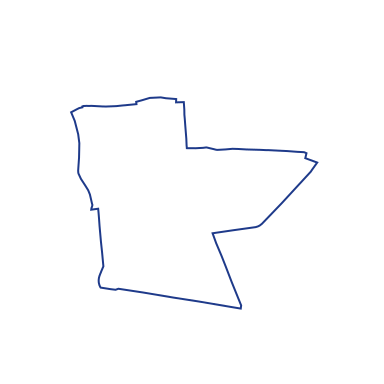 Gamaliyya, Al Qahirah, Egypt, rotated 63°
{"feature_id": "37247803B35159038955302", "entity_name": "Gamaliyya", "entity_type": "district", "adm_level": 2, "iso_a3": "EGY", "parent_name": "Egypt", "parent_adm1": "Al Qahirah", "projection": "robinson", "projection_center": [31.265, 30.053], "detail": "fine", "context": "isolated", "style": "outline", "palette": "blue", "viewbox_px": 384, "rotation_deg": 63, "n_neighbors": 0, "source": "geoboundaries", "source_scale": "gbopen_adm2", "svg_char_len": 1837}
<svg xmlns="http://www.w3.org/2000/svg" viewBox="0 0 384 384"><g transform="rotate(63 192 192)"><path d="M235.7,316.8L241.5,308.8L244.4,304.5L244.6,303.0L244.8,301.5L259.2,281.4L277.7,256.4L292.4,236.0L313.2,208.0L318.0,201.5L315.4,199.7L290.1,197.5L273.9,195.8L262.5,194.7L248.5,193.7L239.0,192.5L238.6,192.5L238.1,192.4L244.9,172.3L252.2,151.2L252.6,148.8L252.6,146.8L252.1,144.2L242.7,117.1L235.5,97.7L227.8,76.9L227.1,75.7L226.4,74.4L222.6,67.1L213.3,75.7L209.4,72.4L208.4,73.2L207.4,74.1L205.7,77.0L204.9,78.4L204.1,79.8L198.8,88.5L194.4,96.2L189.5,104.7L189.0,105.6L188.6,106.5L185.4,112.1L178.8,124.2L174.7,131.2L171.9,136.3L169.2,143.0L165.9,150.5L165.0,151.7L164.0,152.8L158.9,158.8L158.6,159.5L158.2,160.6L157.8,161.8L154.6,169.0L152.3,173.5L150.6,176.7L149.4,176.2L148.1,175.7L142.0,172.9L129.9,167.9L123.7,165.3L119.7,163.7L115.0,161.4L108.2,158.5L104.9,165.5L102.0,163.9L96.6,172.7L93.5,176.9L89.0,186.9L87.5,195.1L86.3,200.8L87.4,201.2L88.5,201.6L85.4,209.5L85.0,210.5L84.6,211.6L83.4,214.5L81.1,220.5L77.0,229.4L75.5,232.3L69.7,242.3L68.6,244.6L68.1,245.6L67.5,246.6L66.1,249.7L66.0,250.9L66.3,251.0L66.8,251.2L66.1,254.0L66.0,254.5L66.0,255.9L66.0,257.2L66.1,263.5L75.4,264.2L88.9,267.2L97.3,270.2L103.5,273.5L110.2,277.1L119.2,282.5L120.2,283.1L121.2,283.7L123.0,284.5L123.7,284.7L124.4,284.8L129.9,285.0L138.5,284.1L143.3,283.7L147.9,284.1L157.1,286.4L158.3,286.6L159.2,287.3L160.2,288.3L160.4,288.6L161.0,289.1L162.0,289.8L164.3,283.2L168.1,284.7L173.2,286.8L180.3,289.8L194.7,295.6L204.9,299.5L218.0,304.7L221.7,309.1L222.4,309.8L223.0,310.6L224.3,312.0L224.7,312.5L225.3,313.0L225.8,313.5L226.4,314.0L227.0,314.4L227.6,314.8L228.2,315.2L228.9,315.5L229.5,315.8L230.2,316.1L230.9,316.3L231.6,316.5L232.3,316.6L233.0,316.8L233.7,316.8L234.5,316.9L235.7,316.8Z" fill="none" stroke="#1e3a8a" stroke-width="2"/></g></svg>